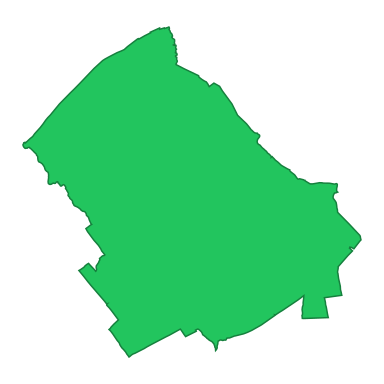 Draguseni, Botosani, Romania (orthographic projection)
{"feature_id": "2599482B61564668293173", "entity_name": "Draguseni", "entity_type": "district", "adm_level": 2, "iso_a3": "ROU", "parent_name": "Romania", "parent_adm1": "Botosani", "projection": "orthographic", "projection_center": [26.821, 48.036], "detail": "fine", "context": "isolated", "style": "filled", "palette": "green", "viewbox_px": 384, "rotation_deg": 0, "n_neighbors": 0, "source": "geoboundaries", "source_scale": "gbopen_adm2", "svg_char_len": 5856}
<svg xmlns="http://www.w3.org/2000/svg" viewBox="0 0 384 384"><path d="M341.8,295.3L341.2,292.4L340.5,289.7L340.3,286.2L338.6,278.6L337.9,273.3L337.7,273.1L337.6,272.8L337.6,271.3L338.1,268.7L338.2,267.5L338.1,266.8L347.9,255.6L352.5,250.9L349.6,248.3L350.2,247.8L349.7,247.3L349.8,247.1L350.2,247.1L350.9,247.6L351.5,247.4L353.9,248.8L359.6,241.4L361.0,239.9L360.5,237.9L360.3,236.4L359.9,235.5L349.5,224.4L337.6,212.3L337.4,209.7L336.9,207.9L336.6,205.0L336.2,202.8L335.9,202.1L335.3,201.1L333.3,198.4L333.1,197.6L333.1,196.6L333.5,195.0L334.4,193.2L334.6,193.0L335.8,192.9L337.7,192.1L336.8,191.4L336.6,189.9L336.7,188.1L337.1,186.7L337.3,184.9L337.3,184.4L337.0,183.9L336.2,183.6L334.9,184.1L333.8,184.0L329.5,183.2L323.5,183.1L322.0,182.8L319.6,182.7L312.6,183.9L310.3,183.9L309.3,183.4L305.2,180.9L305.0,180.7L305.0,180.4L304.7,180.4L303.3,179.7L299.7,178.8L299.3,178.8L298.4,179.2L298.0,179.1L297.2,178.4L294.7,174.9L291.0,172.0L290.0,171.0L289.8,170.7L289.7,170.4L289.8,169.9L287.7,169.0L282.1,165.8L281.1,165.1L278.0,162.2L275.3,160.1L274.2,158.8L272.5,157.1L272.2,156.7L271.3,157.3L271.4,156.9L271.3,156.6L270.6,155.6L269.2,154.2L267.5,153.0L266.5,151.4L264.8,150.0L263.8,149.0L262.5,148.0L261.8,147.3L260.1,145.2L258.3,144.2L257.5,143.1L257.1,141.7L257.6,139.4L258.7,138.0L259.6,136.7L259.7,135.7L259.5,135.1L258.7,134.5L257.8,134.0L257.5,133.6L257.4,133.3L257.2,133.1L256.3,133.2L255.0,132.9L253.8,132.2L252.0,130.4L251.1,129.7L249.8,127.9L246.6,123.9L237.6,115.3L232.0,104.0L222.3,90.8L219.6,86.3L213.9,83.1L209.2,86.6L207.7,83.8L206.3,81.9L204.4,81.0L201.6,79.2L199.3,77.4L198.9,76.9L198.7,75.9L198.6,75.7L184.2,68.8L176.1,64.6L176.0,64.1L176.1,63.8L177.2,61.6L177.3,61.1L177.2,60.8L176.7,59.6L176.6,59.3L176.8,57.4L176.6,57.2L175.8,56.8L175.6,56.5L175.5,56.2L175.5,55.9L175.7,55.7L177.1,54.9L176.8,53.4L176.1,53.0L175.8,53.0L175.5,52.9L175.4,52.6L175.4,52.4L175.9,52.1L176.0,51.9L175.7,51.0L175.7,50.6L175.9,50.2L175.9,49.8L176.5,49.3L176.5,49.1L175.9,48.6L175.7,48.0L175.7,47.2L176.0,46.3L176.0,45.4L175.8,45.2L175.4,45.2L174.7,45.4L174.0,45.3L173.5,45.0L174.8,44.3L174.8,44.0L174.6,43.4L174.4,42.5L174.4,42.2L174.6,41.6L174.6,40.1L174.5,39.6L174.1,39.2L173.2,38.7L172.5,38.2L172.3,37.7L171.8,37.1L171.9,36.9L172.2,36.6L172.5,36.2L172.5,35.8L171.9,34.1L171.6,33.6L171.4,33.3L170.5,32.7L170.0,30.9L169.0,29.5L169.4,28.8L169.3,27.7L168.9,27.0L167.7,27.5L164.5,28.5L164.3,27.9L159.7,29.3L159.6,28.0L150.3,32.2L150.6,32.8L144.8,35.7L139.2,38.9L138.9,39.1L138.6,38.6L137.6,38.9L127.4,46.7L124.2,49.6L121.9,50.7L117.0,52.7L108.9,56.9L104.9,59.1L102.6,60.6L94.1,68.4L79.7,83.5L74.3,89.0L70.4,92.8L59.5,103.9L50.1,115.3L47.9,117.5L45.6,120.3L43.1,123.9L40.3,127.5L34.7,133.7L32.7,136.5L30.1,138.6L25.5,142.9L25.0,142.3L23.8,142.8L23.9,143.2L23.8,143.4L23.1,144.3L23.0,144.7L23.1,145.6L23.6,146.7L23.9,147.2L24.9,148.2L25.4,148.4L26.2,148.2L26.9,148.2L27.2,148.2L27.9,147.6L29.2,147.3L29.9,148.1L30.4,148.3L33.1,150.9L34.2,152.1L36.3,154.1L36.5,155.0L36.7,155.3L37.3,156.0L37.7,156.6L37.8,158.3L38.0,160.1L38.5,161.4L38.9,161.9L40.4,162.5L42.1,163.7L42.9,164.7L44.3,166.8L45.0,169.1L45.3,169.9L46.5,171.2L48.2,172.4L48.6,174.9L48.6,175.6L48.5,176.6L48.6,177.6L48.1,181.4L48.1,181.9L48.3,183.3L48.5,183.7L49.7,184.4L50.3,184.4L51.3,184.2L53.2,183.1L54.4,183.4L55.1,183.4L55.5,183.2L56.3,182.2L56.7,181.9L57.4,181.7L57.9,182.0L58.0,182.3L57.9,182.8L58.8,183.4L59.2,184.2L59.7,184.6L60.3,185.7L60.6,186.0L61.6,186.0L62.1,185.4L63.3,184.7L63.6,184.7L64.2,185.0L64.9,185.8L65.6,186.9L65.8,187.3L65.5,188.5L65.6,188.8L66.4,189.5L67.0,190.9L68.2,192.8L68.4,193.8L68.3,194.4L68.0,195.1L68.3,195.9L69.5,197.2L69.7,198.0L70.2,198.7L71.9,200.2L72.3,200.8L72.5,201.4L72.6,202.6L72.9,203.3L73.8,204.7L74.0,205.4L75.1,206.1L76.7,206.7L78.2,207.5L80.4,209.2L81.1,210.2L81.5,210.5L82.9,211.3L84.4,211.5L85.0,211.9L86.2,213.6L86.3,213.9L86.3,214.9L86.6,215.5L88.4,217.2L89.4,220.2L90.9,223.5L91.7,224.4L90.8,224.9L85.9,228.6L87.6,231.7L93.9,240.2L98.3,245.2L99.3,246.6L100.9,249.1L101.6,250.8L104.8,254.8L104.6,255.3L104.0,255.6L103.0,255.7L102.4,256.0L102.0,256.4L101.6,256.5L101.3,257.0L100.0,258.0L99.5,258.7L99.8,259.3L99.8,260.0L99.1,261.1L98.6,262.5L96.3,265.9L96.2,266.8L96.2,267.9L96.6,269.1L96.6,269.6L96.0,271.0L95.7,271.3L93.8,269.0L89.5,264.5L88.6,263.4L87.3,264.1L85.2,265.7L84.0,267.2L80.7,269.5L78.9,270.5L83.5,276.1L88.1,282.0L91.0,285.5L104.8,301.5L105.8,302.9L106.6,303.7L107.0,303.9L107.3,303.8L106.7,304.5L106.7,305.0L107.0,305.5L109.2,307.8L111.6,310.8L118.4,319.9L113.9,324.1L110.8,327.4L110.5,328.2L109.0,329.5L110.5,330.9L112.7,333.8L117.2,340.5L119.1,342.7L120.1,345.2L121.8,347.8L123.7,349.7L124.6,350.8L125.6,351.9L127.0,354.3L128.0,355.5L129.0,357.0L130.0,356.3L131.6,354.9L132.9,354.1L133.7,353.7L134.7,353.4L144.3,348.5L146.7,347.0L151.3,344.5L166.2,336.7L169.3,335.2L180.3,329.1L181.5,330.6L184.0,334.4L185.6,336.6L196.2,331.3L196.3,331.2L195.5,330.1L197.4,329.1L198.3,329.2L199.0,329.6L201.2,331.6L202.1,333.0L202.5,334.2L202.9,334.9L204.0,335.6L206.4,337.6L207.0,338.4L207.7,338.8L209.3,340.2L211.0,341.1L212.4,342.0L213.0,342.9L213.9,343.8L214.2,344.9L214.5,345.4L214.7,346.0L214.8,347.0L215.4,348.0L215.6,350.5L216.5,349.5L216.6,349.0L217.1,348.2L217.2,347.8L217.1,346.2L217.8,343.9L217.9,342.4L218.3,340.9L219.6,340.5L219.9,340.1L220.2,340.0L221.1,340.0L222.8,340.5L224.5,340.0L225.8,340.1L227.0,338.1L229.7,337.9L233.5,336.4L234.4,336.0L235.3,335.9L243.7,333.8L247.6,332.3L251.9,330.3L261.4,324.9L275.2,315.2L274.9,314.8L275.4,314.9L275.9,314.6L279.7,312.1L282.5,310.4L289.3,305.8L289.8,305.5L298.2,299.8L303.8,295.6L303.7,297.9L303.1,302.9L303.2,304.6L303.0,305.4L302.4,307.0L302.1,309.7L302.5,312.5L302.5,314.1L302.4,314.7L302.0,315.3L302.3,318.4L303.7,318.5L328.3,317.6L328.2,317.2L328.0,316.5L327.5,314.1L326.3,307.2L325.6,304.7L325.4,302.2L324.4,297.7L341.8,295.3Z" fill="#22c55e" stroke="#15803d" stroke-width="1.5"/></svg>